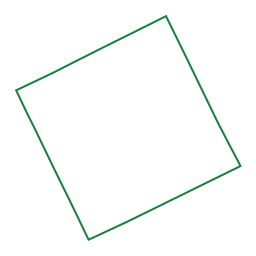 the district of Walworth, Wisconsin, United States of America, rotated 244°
{"feature_id": "52423323B18834110145420", "entity_name": "Walworth", "entity_type": "district", "adm_level": 2, "iso_a3": "USA", "parent_name": "United States of America", "parent_adm1": "Wisconsin", "projection": "orthographic", "projection_center": [-88.5, 42.668], "detail": "fine", "context": "isolated", "style": "outline", "palette": "green", "viewbox_px": 256, "rotation_deg": 244, "n_neighbors": 0, "source": "geoboundaries", "source_scale": "gbopen_adm2", "svg_char_len": 478}
<svg xmlns="http://www.w3.org/2000/svg" viewBox="0 0 256 256"><g transform="rotate(244 128 128)"><path d="M210.9,44.0L186.5,43.7L169.4,43.9L128.0,43.7L86.4,43.8L72.7,43.8L46.8,43.6L44.9,43.7L44.8,47.6L44.1,86.0L44.5,212.4L48.5,212.4L69.0,211.7L93.4,211.1L128.3,211.2L140.2,211.2L156.3,211.3L171.9,211.3L211.9,211.2L211.6,183.3L211.4,155.3L211.3,141.3L211.0,117.1L211.0,115.2L210.5,85.7L210.5,85.1L210.9,44.7L210.9,44.0Z" fill="none" stroke="#15803d" stroke-width="2"/></g></svg>